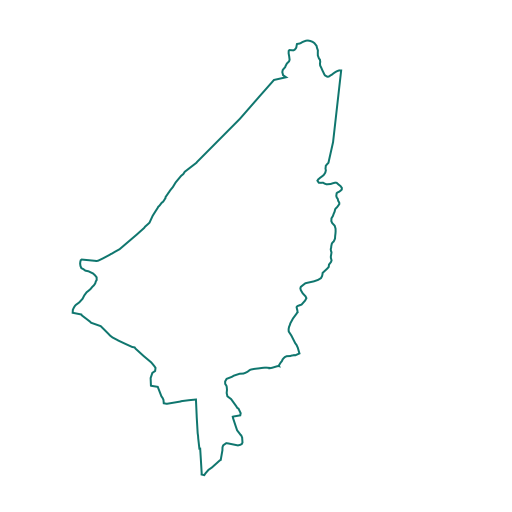 the district of San Antonio Tepetlapa, Oaxaca, Mexico, rotated 317°
{"feature_id": "50627088B55263870930805", "entity_name": "San Antonio Tepetlapa", "entity_type": "district", "adm_level": 2, "iso_a3": "MEX", "parent_name": "Mexico", "parent_adm1": "Oaxaca", "projection": "robinson", "projection_center": [-98.047, 16.534], "detail": "fine", "context": "isolated", "style": "outline", "palette": "teal", "viewbox_px": 512, "rotation_deg": 317, "n_neighbors": 0, "source": "geoboundaries", "source_scale": "gbopen_adm2", "svg_char_len": 4717}
<svg xmlns="http://www.w3.org/2000/svg" viewBox="0 0 512 512"><g transform="rotate(317 256 256)"><path d="M83.2,172.5L88.4,179.7L88.1,180.5L89.9,191.2L89.8,191.9L89.9,192.4L94.6,201.4L94.8,206.3L95.0,212.4L95.0,214.7L95.5,217.7L97.5,223.4L97.5,223.6L100.5,231.1L103.4,238.1L104.9,240.1L104.7,241.6L105.6,252.5L106.8,262.2L106.8,262.4L106.7,264.8L106.5,267.5L106.2,269.3L103.8,271.3L100.5,270.8L95.7,273.4L90.7,279.2L90.7,279.3L94.9,284.7L91.1,294.2L90.9,296.0L90.2,298.1L88.1,300.8L90.0,303.3L101.8,311.1L102.2,311.1L108.7,315.8L114.2,320.0L103.3,332.8L103.1,333.0L92.5,345.8L90.9,348.1L89.5,349.8L83.2,358.3L83.8,358.8L77.4,366.6L68.3,377.6L67.2,378.7L68.7,381.0L70.7,380.5L75.4,380.0L79.5,380.6L90.2,380.8L91.1,381.1L98.8,375.3L101.0,373.1L102.2,372.4L103.1,372.1L106.6,372.6L107.9,374.2L113.6,382.2L115.8,383.4L117.4,383.8L118.9,383.2L122.0,379.4L122.9,377.0L122.7,376.4L122.9,374.9L123.3,370.6L125.1,366.6L128.6,359.0L129.4,357.7L130.0,358.0L135.8,361.8L137.6,360.5L139.1,355.7L138.7,354.3L139.1,352.4L140.2,343.7L139.4,339.1L141.1,336.2L143.5,334.1L145.2,331.9L145.8,330.9L146.0,330.1L146.2,328.7L146.6,328.1L147.9,326.7L150.7,325.8L151.2,326.0L155.9,327.9L158.2,328.4L163.8,331.0L166.5,333.3L168.3,334.1L170.6,334.8L171.9,335.0L173.4,335.1L174.2,335.3L175.2,335.8L177.9,337.5L181.4,340.1L184.4,342.2L186.2,343.6L187.5,344.8L189.4,346.9L189.2,347.2L190.2,347.9L191.5,348.7L193.1,349.5L196.6,351.2L196.8,351.5L197.3,351.8L197.7,352.1L197.8,352.3L198.0,351.8L197.9,351.7L201.6,350.7L202.2,350.7L203.7,350.4L204.8,349.8L205.8,349.7L206.5,349.6L208.2,349.6L210.1,350.2L212.8,352.5L214.3,353.2L215.5,354.1L216.3,354.4L216.6,355.1L217.0,355.4L221.3,356.9L224.0,351.6L225.0,348.6L225.2,346.6L227.6,338.3L228.4,333.7L228.6,333.3L230.0,331.7L231.8,330.4L234.2,329.3L235.1,328.7L240.5,326.9L246.5,325.8L247.5,325.5L248.0,325.6L249.4,323.6L249.6,323.1L250.8,321.1L251.4,320.9L252.5,321.0L254.2,321.8L254.3,321.7L256.1,322.6L261.5,322.1L264.1,321.2L264.7,319.3L264.7,315.1L265.5,311.5L266.4,309.9L267.8,309.1L268.6,309.2L270.2,309.3L273.5,309.6L275.6,310.8L281.0,314.0L285.1,315.8L288.4,316.5L290.5,315.8L291.9,314.9L293.2,313.8L299.6,313.8L301.7,313.6L303.6,312.0L304.6,311.9L306.9,311.5L308.3,310.7L309.5,308.4L310.5,307.3L312.5,305.8L313.8,304.7L314.2,303.6L315.3,302.0L316.7,301.1L317.8,300.1L320.0,298.6L321.6,298.3L322.6,298.4L324.2,297.8L325.7,297.1L327.6,295.3L329.5,293.7L330.9,292.4L332.8,290.3L334.2,287.5L334.2,285.0L334.2,283.8L334.9,281.8L335.8,281.0L336.9,279.9L339.5,279.2L341.8,278.0L343.7,277.2L345.8,275.8L347.0,275.6L348.5,275.6L350.7,275.2L352.4,274.8L353.3,273.7L353.7,271.8L354.8,269.8L354.9,268.4L355.7,266.8L357.8,265.1L358.8,265.1L360.6,265.7L362.5,265.9L364.0,265.9L365.2,264.8L365.5,262.6L365.1,259.9L364.9,257.5L364.0,256.4L361.8,255.2L359.8,254.3L356.6,251.8L355.6,250.0L355.0,248.1L353.1,246.5L351.9,245.2L352.3,242.8L353.8,242.4L355.1,242.5L356.1,242.5L357.7,242.7L359.6,242.9L361.1,242.9L363.5,242.3L365.5,241.0L366.5,239.4L367.5,238.6L368.6,237.6L371.0,237.3L372.1,237.3L372.6,237.2L390.0,225.3L406.6,211.1L444.8,178.4L443.4,177.0L441.6,176.2L439.9,175.7L438.2,175.4L436.5,175.2L434.9,175.1L433.7,174.7L432.4,174.6L431.4,174.3L430.4,173.5L429.6,170.9L429.9,169.5L430.5,167.7L431.2,165.4L432.2,162.6L432.8,160.5L434.1,158.8L435.4,157.8L436.7,155.9L436.7,154.6L438.0,151.5L439.8,149.5L441.5,147.8L442.6,145.3L443.6,143.6L443.9,140.1L443.4,137.9L442.3,135.7L440.9,133.8L439.5,132.7L437.7,131.9L435.9,131.2L434.0,130.8L432.9,130.4L431.2,129.3L430.5,128.9L428.7,130.2L427.8,130.9L426.8,131.3L424.9,131.5L423.6,131.1L420.9,128.2L420.4,128.2L419.8,128.3L418.1,130.0L416.5,132.5L414.4,135.4L412.9,136.2L409.8,136.3L407.0,137.3L406.1,137.8L404.7,137.9L403.7,138.0L402.4,138.2L400.6,139.5L399.1,142.3L399.9,145.8L389.2,139.5L367.7,141.6L337.5,144.7L277.0,147.0L276.2,147.2L275.0,147.1L261.3,145.8L258.7,146.5L255.9,146.3L247.4,147.4L242.1,148.9L239.0,149.3L237.4,149.6L235.8,150.0L234.5,150.2L233.9,150.4L230.1,151.2L229.1,152.0L228.8,152.0L227.0,152.5L225.3,152.9L224.8,152.9L224.2,152.9L223.7,152.8L223.5,152.7L220.2,153.3L218.8,153.4L218.2,153.3L216.8,153.8L212.8,154.8L207.9,156.1L200.8,159.0L198.7,159.0L194.8,158.9L193.4,159.2L183.3,159.0L160.8,158.0L155.7,156.7L151.9,155.9L151.0,155.5L150.0,155.4L142.2,153.3L137.4,151.8L136.1,151.0L135.6,150.6L135.3,150.1L126.1,139.7L124.9,139.6L123.6,140.4L122.2,141.6L120.8,143.6L120.0,145.8L120.8,148.0L121.2,150.3L123.1,153.0L124.1,155.6L124.9,157.6L125.1,160.3L124.9,162.9L123.1,164.9L121.6,165.3L119.7,166.4L117.4,166.9L115.4,166.9L112.4,167.3L109.7,167.2L107.4,167.0L103.6,167.7L101.9,168.3L100.0,169.0L97.5,169.2L95.2,169.4L93.3,169.2L91.0,168.9L89.6,169.0L87.7,169.5L85.4,170.4L83.2,172.5Z" fill="none" stroke="#0f766e" stroke-width="2"/></g></svg>